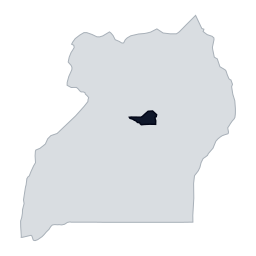 location of Amolatar within Uganda
{"feature_id": "UGA-3070", "entity_name": "Amolatar", "entity_type": "County", "adm_level": 1, "iso_a3": "UGA", "parent_name": "Uganda", "parent_adm1": "", "projection": "albers", "projection_center": [32.647, 1.635], "detail": "fine", "context": "in_parent", "style": "filled", "palette": "ink", "viewbox_px": 256, "rotation_deg": 0, "n_neighbors": 0, "source": "natural_earth", "source_scale": "10m", "svg_char_len": 2485}
<svg xmlns="http://www.w3.org/2000/svg" viewBox="0 0 256 256"><path d="M192.9,222.2L188.6,222.2L181.6,222.3L174.5,222.3L167.4,222.3L160.4,222.3L153.3,222.3L146.3,222.3L139.2,222.3L132.2,222.3L125.1,222.3L118.0,222.3L111.0,222.3L103.9,222.3L96.9,222.2L89.8,222.2L82.8,222.2L75.7,222.2L71.5,222.2L70.7,222.1L70.1,221.9L67.4,222.4L64.7,224.2L61.8,224.9L58.6,224.6L58.2,224.8L56.6,224.7L54.4,224.6L52.3,225.0L50.7,226.6L49.1,229.2L46.2,232.1L43.9,234.8L42.0,236.7L37.6,239.7L35.2,240.6L34.0,240.5L33.2,239.9L31.9,236.0L31.0,235.3L22.5,237.3L21.2,237.4L21.3,236.1L20.7,226.8L20.6,221.1L21.7,217.6L22.4,213.4L22.5,209.8L24.1,203.6L23.5,199.9L25.5,187.0L26.1,184.9L26.9,178.6L28.2,176.6L29.3,175.9L30.8,172.0L33.6,165.9L35.5,162.7L35.1,155.8L35.4,151.1L35.9,150.0L40.0,148.3L45.4,144.0L47.7,138.8L50.9,135.6L57.1,133.5L75.6,115.9L84.1,106.4L87.9,101.6L88.0,99.8L88.7,97.6L87.2,95.8L85.4,94.1L84.9,92.6L83.3,91.9L81.1,91.9L79.7,90.8L78.0,88.7L76.4,87.4L71.2,87.5L67.1,85.3L67.2,82.3L68.8,76.5L71.8,69.8L72.0,67.9L71.6,66.3L70.8,65.0L69.5,63.6L68.2,62.0L69.2,57.2L71.1,52.5L72.7,50.1L74.2,47.5L73.8,45.3L71.6,44.2L72.7,42.1L75.2,38.6L79.9,35.0L84.0,32.6L86.7,32.6L92.1,34.5L96.9,36.8L99.6,36.9L102.8,35.9L109.5,31.9L111.1,33.2L113.1,35.6L115.2,39.7L119.4,41.5L121.4,42.8L122.9,43.1L123.7,42.8L125.3,39.7L127.2,37.9L130.8,35.8L138.6,34.0L144.3,33.5L146.6,33.1L150.6,32.1L156.9,28.9L163.1,33.0L169.9,33.8L176.4,33.8L178.4,32.5L179.5,31.6L186.3,24.7L195.6,15.4L201.8,28.5L203.9,29.2L203.6,30.4L203.1,31.5L207.1,34.6L212.1,36.3L213.9,37.9L214.0,39.7L212.4,47.3L212.7,49.5L214.3,57.2L217.3,58.9L219.9,66.7L225.2,69.9L226.0,70.9L227.2,74.6L228.9,78.7L230.1,79.7L230.9,79.9L232.5,84.3L231.6,86.7L232.8,94.2L234.8,100.8L235.4,108.8L235.4,112.3L235.3,114.4L234.9,117.4L233.9,119.2L232.3,120.9L230.4,123.6L228.7,126.4L227.7,127.8L228.5,132.1L228.3,133.2L227.9,133.8L225.5,134.5L222.4,135.6L220.5,136.8L217.9,138.9L215.8,141.3L213.0,148.2L208.3,153.6L207.5,155.4L203.1,158.6L201.1,162.6L199.9,167.4L198.2,170.9L194.5,175.7L193.6,183.3L193.8,198.3L192.8,215.5L192.9,222.2Z" fill="#d9dde1" stroke="#a8b0b8" stroke-width="1"/><path d="M152.6,111.0L156.6,114.7L156.2,116.7L154.8,117.4L155.7,120.7L155.6,124.3L149.6,124.2L144.7,124.4L141.3,124.7L140.2,123.7L139.5,122.4L138.3,122.6L137.5,122.4L136.3,121.2L135.4,120.5L134.5,120.3L132.7,119.1L130.0,118.3L129.4,117.3L131.2,117.1L138.2,117.2L141.0,117.2L142.4,116.4L145.0,114.0L148.1,111.3L152.6,111.0Z" fill="#0f172a" stroke="#020617" stroke-width="1.5"/></svg>